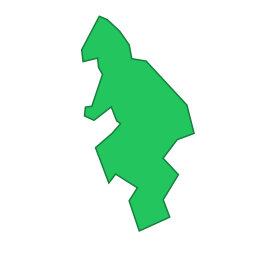 the district of Dustlik, Jizzakh, Uzbekistan, rotated 30°
{"feature_id": "79887680B47043896675236", "entity_name": "Dustlik", "entity_type": "district", "adm_level": 2, "iso_a3": "UZB", "parent_name": "Uzbekistan", "parent_adm1": "Jizzakh", "projection": "robinson", "projection_center": [68.013, 40.475], "detail": "fine", "context": "isolated", "style": "filled", "palette": "green", "viewbox_px": 256, "rotation_deg": 30, "n_neighbors": 0, "source": "geoboundaries", "source_scale": "gbopen_adm2", "svg_char_len": 539}
<svg xmlns="http://www.w3.org/2000/svg" viewBox="0 0 256 256"><g transform="rotate(30 128 128)"><path d="M195.0,143.2L173.5,136.7L176.4,113.5L187.9,99.6L167.5,78.7L110.2,61.0L96.6,66.1L87.6,55.5L72.5,48.4L55.8,44.5L47.3,45.6L48.8,83.4L55.9,93.0L66.7,82.7L72.4,90.4L79.1,94.3L85.8,127.2L80.7,131.2L84.3,139.3L94.7,138.3L103.0,118.1L114.5,127.4L119.4,128.1L116.9,140.6L109.7,161.3L138.9,185.2L140.3,174.1L166.0,175.1L165.4,190.5L189.2,211.5L208.7,184.3L194.3,172.5L195.0,143.2Z" fill="#22c55e" stroke="#15803d" stroke-width="1.5"/></g></svg>